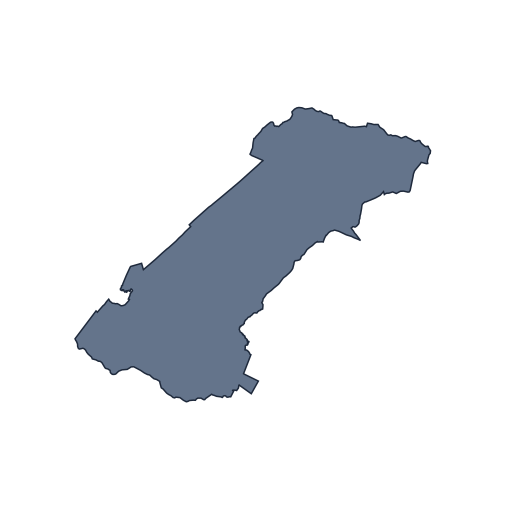 Boroaia, Suceava, Romania (Albers equal-area conic projection), rotated 164°
{"feature_id": "2599482B11697107699974", "entity_name": "Boroaia", "entity_type": "district", "adm_level": 2, "iso_a3": "ROU", "parent_name": "Romania", "parent_adm1": "Suceava", "projection": "albers", "projection_center": [26.298, 47.329], "detail": "fine", "context": "isolated", "style": "filled", "palette": "slate", "viewbox_px": 512, "rotation_deg": 164, "n_neighbors": 0, "source": "geoboundaries", "source_scale": "gbopen_adm2", "svg_char_len": 6100}
<svg xmlns="http://www.w3.org/2000/svg" viewBox="0 0 512 512"><g transform="rotate(164 256 256)"><path d="M380.0,280.0L385.9,273.2L391.4,266.3L392.3,265.1L392.4,264.6L393.5,264.3L394.1,262.8L394.7,262.5L395.0,261.8L395.5,261.7L395.6,260.8L394.3,259.6L394.1,259.6L393.8,260.2L393.6,260.4L392.6,260.0L392.7,258.9L392.3,258.4L392.1,257.6L391.7,257.7L391.4,258.2L390.9,258.2L390.9,257.4L390.7,256.9L390.2,256.9L389.9,257.1L390.0,257.9L389.7,258.2L389.0,257.9L388.3,258.1L387.2,256.8L386.8,256.7L386.8,257.6L386.6,257.8L386.2,257.7L385.9,258.3L385.4,258.7L385.0,258.7L384.3,257.6L384.3,256.6L387.2,254.5L388.3,252.5L390.6,249.8L389.7,249.1L390.9,247.9L395.3,245.2L397.4,245.0L399.4,245.3L401.3,247.4L402.5,248.5L404.5,248.9L405.1,249.4L407.1,250.2L408.0,251.6L408.9,252.7L409.1,253.8L409.5,255.1L412.3,253.3L415.0,251.1L416.9,250.3L424.0,245.7L424.9,247.3L452.8,226.3L452.6,224.9L452.1,223.3L451.8,220.6L452.4,218.1L452.2,216.0L451.4,215.2L447.8,215.0L446.6,214.0L445.8,212.6L445.2,210.0L444.3,207.8L442.0,204.3L441.7,202.2L438.4,200.2L436.6,198.4L434.7,197.6L433.5,195.9L432.0,190.2L431.4,189.3L429.6,188.3L428.7,187.2L427.8,186.3L428.1,184.3L427.9,183.6L426.8,181.9L425.2,181.3L423.4,181.2L419.8,183.1L416.2,183.5L411.0,182.5L406.5,183.8L404.0,183.2L398.5,177.9L395.6,174.4L393.0,172.0L391.0,170.9L389.4,168.2L387.9,166.1L385.6,164.7L383.1,162.0L383.3,160.9L383.4,155.4L382.0,153.8L379.7,148.9L378.3,147.1L376.2,145.1L374.7,142.8L373.2,142.0L371.9,142.4L368.1,140.8L365.6,137.4L363.2,135.1L361.6,135.0L359.8,135.4L356.0,134.7L354.0,134.0L352.7,135.0L351.0,135.4L348.0,134.5L346.0,132.4L345.4,132.1L344.8,132.1L343.5,133.0L336.7,135.3L335.9,134.3L334.8,133.7L332.6,132.0L328.4,130.2L327.6,129.4L327.2,129.3L326.0,130.4L324.4,130.3L324.0,130.1L323.5,129.5L323.2,128.7L322.5,128.2L321.2,128.0L320.1,128.0L319.1,127.6L314.7,132.3L315.5,133.2L315.3,133.4L313.3,132.9L311.7,132.0L309.3,133.9L308.2,136.3L307.8,136.6L298.5,124.9L288.2,135.1L299.9,145.7L300.4,146.3L288.1,162.5L288.9,163.3L289.0,164.4L289.6,166.4L290.7,167.7L290.8,168.1L292.4,168.8L292.3,169.3L291.7,170.4L291.2,172.5L290.5,173.0L288.8,172.8L288.5,173.7L288.1,173.9L288.1,174.1L288.3,174.2L288.3,174.6L288.0,174.8L287.7,174.4L287.6,174.9L287.2,174.9L287.0,175.2L286.9,175.1L286.4,175.4L286.4,175.7L286.5,175.9L286.9,176.1L287.2,176.5L287.5,176.4L287.8,176.6L287.6,176.9L287.6,177.1L287.8,177.3L287.6,177.7L287.8,177.9L287.6,178.2L288.1,179.1L288.9,179.9L289.0,180.2L288.7,180.7L289.1,181.3L288.8,181.8L289.1,182.1L289.0,182.5L289.6,182.9L289.8,183.8L290.4,183.9L290.5,184.3L290.3,184.9L290.8,185.2L290.9,186.1L291.4,186.5L292.2,187.5L292.2,188.7L292.4,190.0L291.7,191.2L291.5,191.9L291.1,192.0L291.0,192.3L290.3,192.4L290.2,192.9L289.8,193.0L289.2,192.9L288.7,193.3L287.4,193.4L286.7,194.0L285.9,194.3L285.5,195.6L283.8,197.3L283.4,197.6L283.0,197.5L282.4,197.8L280.4,199.3L279.6,199.2L279.0,199.5L278.4,199.3L277.9,199.8L276.4,200.3L274.5,201.5L273.5,201.8L272.4,201.7L271.9,201.3L270.9,201.0L270.6,201.1L269.7,202.0L269.2,202.1L268.3,202.6L267.2,202.5L266.2,203.2L265.5,203.3L265.4,203.0L264.2,203.2L263.2,205.8L262.7,207.3L263.3,209.6L263.0,210.0L262.5,210.1L262.1,210.6L260.8,213.1L260.0,213.6L257.3,215.7L257.0,216.2L256.0,216.8L250.8,218.7L247.7,220.3L242.5,222.5L241.3,223.2L236.1,227.2L234.9,227.8L232.8,228.5L228.2,230.8L226.0,232.2L224.1,233.9L221.7,238.0L221.3,239.1L220.6,240.0L219.6,240.7L217.8,240.3L215.3,240.3L214.7,240.5L213.5,241.6L213.0,242.6L212.4,243.2L210.8,244.0L209.5,244.3L209.0,244.7L205.2,248.1L202.5,249.3L198.9,250.5L195.5,252.3L193.2,252.9L193.2,252.6L192.7,252.4L188.4,251.4L187.6,250.9L185.2,254.2L183.0,256.6L182.7,256.4L179.8,258.4L178.5,258.9L177.0,259.3L174.9,259.1L173.4,259.3L169.7,257.0L167.9,255.5L163.3,251.4L158.8,248.5L156.8,246.6L153.1,243.8L151.3,242.1L154.0,249.2L154.8,250.6L155.5,253.3L156.2,254.9L156.8,256.6L154.8,257.5L154.1,257.3L153.1,256.6L152.5,256.5L150.6,257.2L148.6,258.5L148.0,259.2L147.4,260.4L147.2,261.5L145.6,263.9L145.4,264.9L145.0,265.5L144.8,266.2L144.1,267.1L141.6,272.2L140.3,275.3L139.4,276.6L136.7,277.9L135.3,277.7L125.1,278.9L119.9,280.1L115.7,282.7L115.7,279.7L114.6,280.2L113.0,280.3L110.9,279.8L106.9,279.9L103.9,277.4L99.4,278.4L96.3,277.7L92.3,275.5L90.9,275.4L89.7,276.6L83.2,289.0L82.0,291.5L80.0,294.2L77.9,295.7L72.4,299.5L71.4,300.5L66.6,297.7L65.4,297.6L65.2,299.7L64.7,300.9L61.8,305.6L60.3,306.6L59.2,309.1L60.6,313.7L59.8,313.3L60.5,314.2L62.6,314.4L63.5,315.0L65.5,317.9L66.2,319.3L66.5,320.0L66.5,321.0L66.9,321.9L68.1,322.3L71.4,322.2L73.3,323.8L75.1,325.8L77.2,327.5L78.7,329.4L79.1,329.6L80.0,329.7L83.3,329.3L84.1,329.5L86.2,331.5L87.3,332.4L88.8,333.3L91.7,334.0L93.0,335.3L94.7,335.3L95.9,336.0L96.7,337.6L98.5,342.2L101.5,345.7L102.4,348.8L106.5,349.9L108.9,351.4L112.2,352.9L114.2,349.9L115.7,350.8L125.3,352.5L127.7,353.5L128.4,353.5L129.5,353.9L132.6,356.0L134.5,359.1L135.2,359.3L137.2,360.6L137.8,360.7L138.4,361.2L139.1,361.3L139.3,363.1L139.5,363.6L139.9,364.1L144.2,365.8L144.4,369.8L144.6,370.2L145.1,370.5L146.4,370.9L148.4,372.5L149.5,373.6L151.4,374.3L152.5,375.5L154.1,377.5L154.7,377.8L155.9,377.5L157.8,378.4L159.1,379.9L159.7,381.0L161.4,382.9L164.4,383.1L167.8,383.6L168.6,384.0L171.0,385.8L173.0,386.6L174.4,387.0L176.2,387.1L177.6,386.7L178.4,386.6L181.7,384.7L181.9,383.7L181.8,383.0L181.9,381.9L183.2,380.2L185.3,378.4L186.0,378.0L187.8,377.6L189.1,377.2L191.2,377.2L192.6,376.8L193.2,377.0L194.6,375.9L195.8,375.6L198.4,374.2L198.9,374.3L199.3,374.8L200.7,375.0L201.0,375.5L202.3,375.8L202.7,377.0L202.6,377.6L202.6,378.9L203.0,380.0L203.6,380.4L205.1,380.6L209.1,379.0L212.1,377.5L214.5,376.8L217.0,374.4L220.2,372.5L220.8,372.0L221.5,371.7L223.1,370.8L224.2,369.7L225.6,369.5L227.6,365.6L229.6,360.6L230.8,359.3L232.6,356.8L233.7,355.6L233.5,355.1L232.1,353.4L231.5,353.0L223.3,346.2L223.0,345.7L225.9,344.5L227.6,343.5L251.4,331.9L272.2,322.6L283.5,317.7L284.9,317.0L287.9,316.0L305.4,307.6L311.6,304.4L310.7,302.2L317.5,298.7L321.0,296.5L325.2,294.5L328.7,292.4L337.6,288.1L339.7,287.3L344.8,284.9L354.0,280.3L368.0,273.9L368.0,280.5L379.3,280.5L380.0,280.0Z" fill="#64748b" stroke="#1e293b" stroke-width="1.5"/></g></svg>